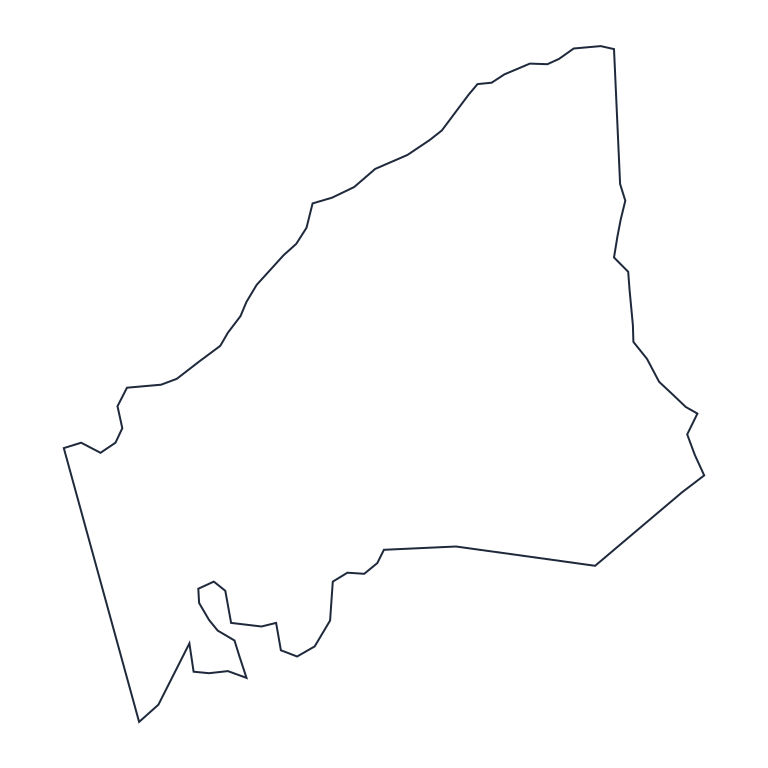 the district of Riacho da Cruz, Rio Grande do Norte, Brazil
{"feature_id": "56859067B96167215385761", "entity_name": "Riacho da Cruz", "entity_type": "district", "adm_level": 2, "iso_a3": "BRA", "parent_name": "Brazil", "parent_adm1": "Rio Grande do Norte", "projection": "robinson", "projection_center": [-37.971, -5.922], "detail": "fine", "context": "isolated", "style": "outline", "palette": "slate", "viewbox_px": 768, "rotation_deg": 0, "n_neighbors": 0, "source": "geoboundaries", "source_scale": "gbopen_adm2", "svg_char_len": 1123}
<svg xmlns="http://www.w3.org/2000/svg" viewBox="0 0 768 768"><path d="M629.5,289.3L628.2,271.8L614.0,257.5L617.4,236.7L620.6,220.0L625.3,200.7L620.1,184.0L614.0,49.1L600.7,46.1L573.7,48.5L559.0,58.9L547.4,64.2L529.9,63.6L504.5,74.3L491.6,82.7L477.5,84.1L468.5,94.8L441.8,130.5L429.7,140.0L407.5,154.9L375.2,168.9L354.2,187.0L332.0,197.7L312.6,203.4L306.5,227.8L296.3,243.8L283.7,255.1L256.7,284.8L246.5,301.8L240.5,316.1L227.9,332.7L220.3,345.8L198.8,361.8L176.8,378.8L161.1,384.7L127.0,387.7L117.5,406.2L122.3,428.2L115.5,442.7L100.5,452.8L81.1,442.7L63.8,448.1L139.1,721.9L158.4,704.7L189.4,643.4L193.6,671.7L209.0,673.2L227.9,671.1L246.5,677.9L239.2,655.6L234.5,640.5L217.7,630.6L209.0,619.9L199.1,603.0L198.3,588.7L213.8,581.6L225.3,590.8L231.1,622.9L261.5,626.5L276.1,622.9L280.9,650.3L297.1,656.5L314.7,646.4L330.1,620.5L331.4,601.5L332.8,581.6L347.4,572.7L364.2,573.8L377.3,563.1L383.9,549.8L456.0,546.5L595.1,565.8L681.9,492.4L704.2,475.4L694.8,454.9L687.2,434.4L697.4,413.6L685.8,407.0L671.2,393.1L659.1,381.8L647.0,358.9L633.4,341.9L632.9,325.3L629.5,289.3Z" fill="none" stroke="#1e293b" stroke-width="2"/></svg>